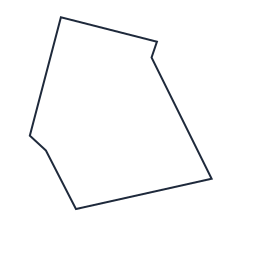 44, Ad Dawhah, Qatar, rotated 14°
{"feature_id": "91078587B22433394531175", "entity_name": "44", "entity_type": "district", "adm_level": 2, "iso_a3": "QAT", "parent_name": "Qatar", "parent_adm1": "Ad Dawhah", "projection": "albers", "projection_center": [51.528, 25.245], "detail": "fine", "context": "isolated", "style": "outline", "palette": "slate", "viewbox_px": 256, "rotation_deg": 14, "n_neighbors": 0, "source": "geoboundaries", "source_scale": "gbopen_adm2", "svg_char_len": 262}
<svg xmlns="http://www.w3.org/2000/svg" viewBox="0 0 256 256"><g transform="rotate(14 128 128)"><path d="M36.1,36.8L36.1,37.6L34.6,159.2L53.8,169.7L97.1,219.2L221.4,157.0L133.8,53.9L135.2,37.3L36.1,36.8Z" fill="none" stroke="#1e293b" stroke-width="2"/></g></svg>